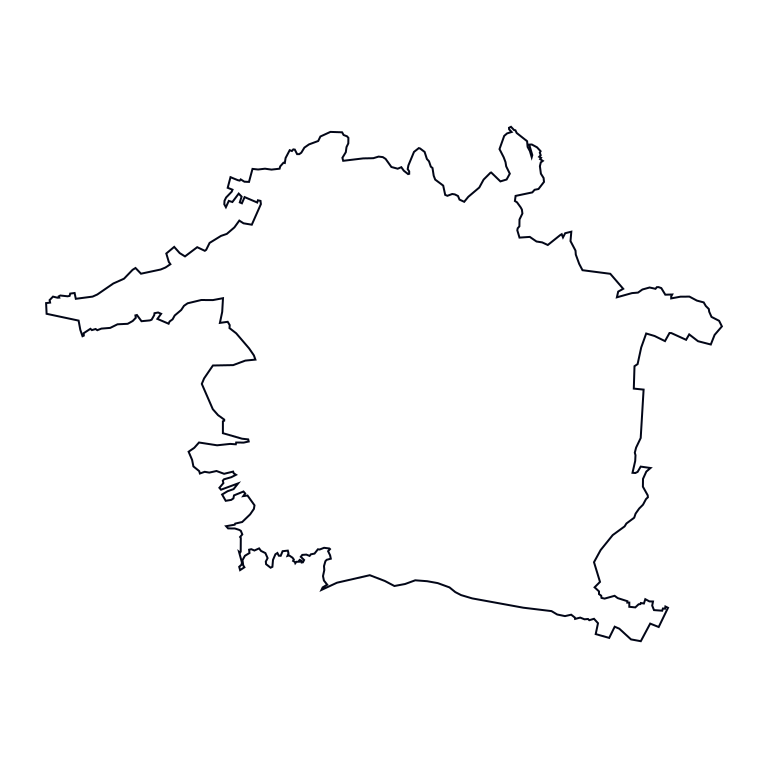 Simleu Silvaniei, Salaj, Romania (Natural Earth projection)
{"feature_id": "2599482B94052118858372", "entity_name": "Simleu Silvaniei", "entity_type": "district", "adm_level": 2, "iso_a3": "ROU", "parent_name": "Romania", "parent_adm1": "Salaj", "projection": "natural_earth1", "projection_center": [22.774, 47.23], "detail": "fine", "context": "isolated", "style": "outline", "palette": "ink", "viewbox_px": 768, "rotation_deg": 0, "n_neighbors": 0, "source": "geoboundaries", "source_scale": "gbopen_adm2", "svg_char_len": 6102}
<svg xmlns="http://www.w3.org/2000/svg" viewBox="0 0 768 768"><path d="M527.1,141.2L516.7,133.0L515.4,130.3L514.0,130.0L511.0,126.8L509.0,127.8L509.1,129.3L511.6,132.0L507.1,133.4L504.2,135.9L499.5,149.1L503.7,157.3L505.5,162.1L506.2,166.4L509.8,173.7L506.6,179.5L500.4,181.4L491.2,172.5L490.5,172.7L483.6,179.6L479.3,187.5L468.3,196.8L464.2,201.8L459.5,199.6L458.0,196.0L454.8,194.4L452.2,194.0L447.4,195.8L445.2,194.9L443.2,185.6L435.2,179.6L433.7,175.7L432.5,168.0L430.8,166.6L429.0,161.3L426.9,159.0L424.6,151.9L420.1,148.5L418.8,148.1L414.0,151.9L408.4,165.4L407.7,169.1L409.2,171.4L409.2,173.8L408.1,174.1L403.8,170.7L401.3,167.2L397.7,168.7L391.4,167.0L385.6,158.9L382.8,157.1L378.6,156.6L373.3,158.2L363.2,158.4L343.2,160.8L342.4,157.8L345.8,152.2L346.5,147.1L348.3,143.4L348.4,137.9L347.0,136.3L343.6,135.0L342.1,132.3L330.4,131.9L320.4,136.5L318.2,141.0L309.0,144.4L304.4,147.6L301.3,152.7L299.3,154.1L297.1,154.1L294.8,149.6L293.3,149.4L291.9,151.0L289.7,150.2L285.6,158.0L284.8,163.0L283.5,162.7L280.2,166.4L279.6,168.7L271.5,169.6L265.0,168.7L258.1,169.5L252.5,168.9L249.0,181.9L244.4,181.7L240.7,179.4L239.7,180.6L237.9,180.2L230.5,177.2L227.7,187.8L232.5,189.7L231.7,191.7L226.1,197.5L224.5,200.8L224.3,204.3L225.9,207.2L228.8,200.9L232.4,202.0L238.7,193.6L241.6,196.6L239.8,202.4L241.9,203.3L244.6,197.1L257.2,202.5L257.9,200.3L260.5,200.9L260.9,204.1L251.8,224.7L243.5,223.3L239.3,220.6L234.4,227.4L226.8,233.9L221.0,235.9L209.6,242.9L206.2,249.8L204.8,250.8L197.2,247.2L185.0,256.4L179.7,253.1L174.2,246.9L166.3,253.5L168.8,261.9L170.4,264.2L165.5,267.5L160.7,269.5L141.0,273.7L135.5,268.0L132.6,269.8L124.0,278.7L113.3,283.5L97.3,294.5L92.6,296.6L75.8,298.8L74.6,293.0L70.2,293.6L69.6,295.9L67.6,296.3L60.3,295.5L58.7,296.4L59.2,297.6L57.4,297.7L53.0,296.6L49.6,300.1L50.1,302.6L46.1,303.1L46.6,313.8L78.6,320.6L80.3,329.8L82.5,336.2L83.8,335.6L83.7,333.2L90.4,328.8L91.9,330.1L95.6,329.0L97.3,330.2L101.4,328.6L110.2,327.9L117.5,324.3L127.7,323.8L132.7,321.0L135.8,317.8L135.4,315.4L136.9,315.0L141.5,321.2L149.8,320.4L151.6,319.7L154.2,315.2L154.5,313.2L158.1,312.5L161.1,313.8L157.4,318.9L168.6,323.7L169.6,321.5L172.6,319.3L174.7,315.5L181.2,310.0L184.0,305.8L187.6,303.3L201.3,300.0L212.8,300.1L223.0,298.2L222.2,311.9L219.9,322.9L227.7,321.8L229.7,325.1L229.5,328.1L236.2,333.3L249.1,348.4L253.9,355.4L255.4,359.6L245.3,360.6L233.2,365.1L212.9,365.5L204.1,378.4L201.8,383.9L212.8,409.2L218.0,415.1L224.2,419.6L224.2,420.7L222.9,421.3L222.9,433.2L242.0,438.7L248.2,439.4L248.7,441.5L243.7,442.6L236.2,442.5L235.8,444.3L230.2,443.9L217.1,445.3L199.0,442.5L194.3,447.8L188.6,451.7L192.1,459.9L193.4,466.4L199.2,471.1L199.9,473.5L204.7,471.8L209.3,472.6L216.5,471.0L224.1,473.8L233.1,471.6L233.7,473.3L236.0,474.8L231.3,477.2L224.0,479.3L222.8,480.7L223.4,483.1L219.4,487.8L221.0,489.7L238.1,483.4L233.6,489.1L227.6,491.2L222.1,494.5L225.7,500.8L231.2,499.9L233.4,498.4L234.0,495.4L243.5,491.5L245.2,493.5L243.3,496.1L247.5,495.5L254.5,505.3L253.9,508.9L250.1,514.4L242.2,522.0L235.2,523.6L234.7,524.7L226.1,526.2L228.1,528.4L234.9,528.5L239.0,529.8L240.8,530.8L242.3,534.4L240.1,537.0L240.8,537.9L240.7,551.6L240.1,552.7L239.0,551.8L241.9,562.4L241.6,564.6L239.2,566.8L240.1,570.1L244.4,567.3L243.2,565.3L242.5,560.2L244.9,555.8L249.5,553.0L249.1,549.7L251.3,549.2L254.4,550.5L259.1,548.4L261.0,550.9L265.4,553.1L267.6,558.1L265.8,561.6L266.1,564.2L270.6,567.7L272.4,566.8L273.0,559.9L275.4,554.3L277.4,553.0L278.8,555.7L280.7,555.8L282.6,551.2L287.8,550.6L288.5,553.3L287.5,555.9L289.1,555.4L292.5,557.7L293.8,559.5L293.1,560.9L294.9,562.0L295.3,563.2L296.4,561.8L299.5,561.7L299.1,560.7L299.7,559.9L301.4,560.7L301.7,562.5L302.9,562.3L304.1,560.0L300.8,556.8L302.3,554.9L306.3,554.6L309.6,555.9L310.9,554.3L314.5,553.6L317.9,549.3L319.7,549.5L324.1,547.8L329.4,548.5L330.0,549.1L328.1,551.2L330.1,555.3L330.8,558.7L326.7,559.8L325.4,561.2L324.0,566.1L324.3,570.0L323.0,576.1L323.9,580.5L327.2,584.7L322.7,587.4L321.5,589.9L337.0,582.7L369.8,575.2L384.9,581.0L394.4,586.0L405.1,584.0L415.2,580.3L427.1,581.2L437.7,583.1L449.5,587.4L455.3,592.1L461.1,595.1L472.2,598.4L523.3,607.7L551.5,611.1L557.2,614.5L565.0,616.1L571.2,614.7L574.9,617.6L575.1,618.9L580.2,617.6L584.5,619.3L588.0,619.0L589.3,620.2L594.0,618.8L598.0,623.2L595.7,634.1L609.2,637.9L614.7,626.7L619.3,628.7L631.0,639.4L640.8,641.2L650.2,623.6L658.7,627.0L668.0,607.8L665.4,606.5L665.0,608.7L662.9,608.5L662.2,610.7L654.0,610.1L652.2,605.6L653.0,601.5L649.4,601.4L645.3,599.2L643.9,603.5L640.8,603.0L640.4,604.1L638.6,604.3L635.3,607.4L629.3,606.8L629.3,602.6L627.3,602.6L627.4,601.2L617.7,598.1L614.6,595.8L604.6,598.6L601.5,597.9L601.2,595.7L599.0,594.1L599.0,591.4L594.6,587.3L600.0,581.9L594.0,562.2L600.6,550.1L612.7,535.1L624.6,526.4L626.4,523.5L634.2,517.7L635.6,513.6L639.2,508.5L643.0,504.7L646.0,499.1L647.9,497.3L647.7,495.3L642.9,486.7L643.0,478.9L646.3,471.6L650.5,468.0L640.7,466.6L637.6,471.9L635.3,473.0L632.5,472.8L635.2,461.0L635.5,455.2L634.8,452.7L636.1,447.6L640.7,438.0L643.6,389.6L633.8,388.6L634.5,366.2L637.6,364.1L641.2,347.5L646.2,333.5L654.6,336.0L665.0,341.1L669.5,333.0L671.4,333.1L686.1,339.8L689.2,334.4L698.0,341.2L710.8,344.5L714.6,334.9L721.9,326.4L719.1,320.8L711.5,316.9L709.2,311.7L708.8,309.0L705.8,306.0L703.7,302.4L696.9,300.6L689.4,296.6L680.4,296.7L671.2,298.4L671.2,296.4L672.2,294.5L665.3,294.7L661.3,288.1L658.5,287.1L656.8,287.2L655.5,288.8L649.6,287.5L642.4,289.5L638.0,292.6L632.0,293.1L616.9,297.3L618.2,291.6L623.2,288.8L610.3,273.8L582.5,270.2L579.2,263.9L575.8,254.6L575.5,250.6L570.5,241.1L571.3,231.7L565.2,233.2L563.0,237.4L561.7,234.2L560.2,235.1L547.8,245.0L542.2,242.4L536.5,241.5L529.8,236.9L519.5,237.6L517.3,230.3L517.7,228.3L519.4,226.3L519.5,219.5L522.4,213.5L521.9,209.6L520.7,207.4L517.0,202.3L514.9,201.0L515.6,195.9L532.3,192.4L534.6,189.8L538.5,189.0L544.0,181.9L543.6,178.0L540.9,173.7L539.9,166.2L540.8,162.4L542.8,160.9L540.1,159.1L541.1,157.8L539.2,156.8L540.7,155.2L539.8,152.7L540.6,151.2L537.0,147.3L531.8,144.5L529.2,144.6L532.3,155.1L531.7,157.2L529.9,151.1L527.6,146.9L527.1,141.2Z" fill="none" stroke="#020617" stroke-width="2"/></svg>